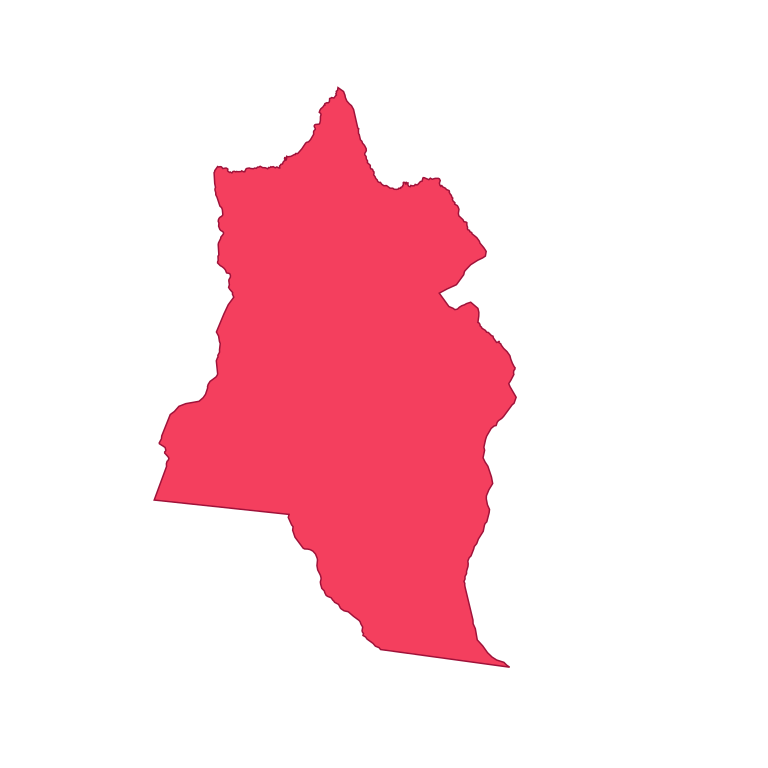 outline of Tilcara, Jujuy, Argentina, rotated 212°
{"feature_id": "61730980B79181726487815", "entity_name": "Tilcara", "entity_type": "district", "adm_level": 2, "iso_a3": "ARG", "parent_name": "Argentina", "parent_adm1": "Jujuy", "projection": "mercator", "projection_center": [-65.303, -23.584], "detail": "fine", "context": "isolated", "style": "filled", "palette": "rose", "viewbox_px": 768, "rotation_deg": 212, "n_neighbors": 0, "source": "geoboundaries", "source_scale": "gbopen_adm2", "svg_char_len": 6171}
<svg xmlns="http://www.w3.org/2000/svg" viewBox="0 0 768 768"><g transform="rotate(212 384 384)"><path d="M428.1,580.0L430.2,581.1L430.6,582.0L431.3,582.5L434.2,582.0L435.5,582.6L438.5,582.3L440.2,582.9L440.6,582.6L440.6,581.8L441.9,582.2L443.5,583.7L444.1,586.3L445.7,587.3L446.9,587.2L449.6,585.5L451.6,583.2L453.8,583.1L454.2,581.2L454.5,581.0L459.1,580.3L460.1,579.8L460.1,579.1L459.2,576.2L460.4,575.0L461.1,570.9L461.6,570.3L463.3,569.8L463.3,568.4L464.5,567.3L466.5,566.6L466.2,565.4L467.4,564.8L468.3,564.9L469.7,566.0L470.1,567.2L470.9,566.8L471.8,566.8L471.4,565.2L471.9,565.2L473.0,566.0L474.2,565.5L474.4,565.1L473.2,563.2L473.2,561.9L472.9,561.2L474.0,559.5L473.6,558.7L475.2,557.9L475.3,556.7L476.3,555.8L478.6,554.5L480.3,554.7L482.6,553.3L487.0,553.6L489.2,552.1L491.8,552.2L493.9,553.1L494.6,552.5L495.9,552.3L497.1,552.7L497.7,553.4L500.1,554.0L501.1,554.9L503.6,555.9L504.2,557.5L505.0,558.6L506.2,558.9L507.2,559.8L508.1,560.0L509.2,559.5L510.6,560.6L511.2,561.8L511.9,562.3L515.4,562.9L516.2,564.5L518.2,565.4L519.8,567.5L521.8,568.2L522.5,569.3L522.6,572.4L523.9,574.2L527.0,576.0L529.9,576.9L531.3,578.1L533.4,578.6L537.2,582.4L538.3,582.9L540.4,586.0L540.6,587.0L541.4,587.0L542.5,587.8L555.3,600.7L559.1,602.8L561.8,603.2L565.5,604.3L568.7,606.6L570.1,608.2L573.3,610.6L580.1,611.0L579.0,608.4L579.6,606.9L578.6,605.8L578.6,604.5L577.5,603.9L577.8,602.6L578.0,600.0L580.3,599.1L580.5,598.3L581.4,597.3L580.0,594.7L580.0,593.7L580.5,592.7L581.5,592.3L582.7,590.5L582.5,589.5L582.0,589.3L582.5,588.6L582.6,586.6L583.4,583.9L583.4,582.3L582.9,580.1L581.1,579.9L580.1,579.0L579.6,577.1L577.6,573.8L576.8,571.7L576.6,570.4L577.1,569.7L579.5,567.9L580.0,567.2L580.0,566.0L579.5,565.3L577.9,564.4L577.2,563.6L577.6,561.5L577.4,560.6L576.0,558.5L575.8,552.2L576.3,549.4L577.7,547.9L578.1,546.8L578.3,539.8L579.3,533.7L581.0,532.7L580.8,531.6L581.5,531.3L583.5,527.8L586.1,525.6L587.2,525.6L587.1,524.9L586.3,523.8L588.1,523.3L587.7,522.2L587.0,521.8L585.8,522.7L585.7,522.1L586.7,520.8L587.0,519.8L587.1,518.6L586.7,516.9L587.9,515.5L587.7,514.8L588.1,513.6L586.9,512.0L587.7,511.5L589.9,511.3L590.8,509.7L593.2,509.6L594.1,508.5L595.1,508.3L595.1,507.7L596.0,506.5L596.5,506.5L596.7,504.9L599.3,504.5L601.5,503.2L604.4,503.0L605.2,501.5L606.2,500.9L606.6,499.2L608.1,498.6L608.9,497.3L611.5,496.0L612.7,495.8L614.6,494.1L615.0,493.3L614.6,490.2L615.1,490.2L615.8,489.4L617.6,489.4L617.8,488.4L620.4,486.6L621.7,486.1L622.0,485.4L623.8,485.0L624.7,484.1L624.7,482.7L625.2,482.3L626.7,482.3L627.0,481.6L629.0,481.7L629.6,481.9L630.3,483.5L631.9,483.6L632.5,483.4L634.9,481.3L636.9,482.0L638.2,481.5L639.2,480.4L640.3,480.3L640.6,475.4L640.1,474.2L640.1,473.2L633.8,464.3L631.1,461.5L630.7,459.8L630.0,458.8L628.1,457.1L626.9,455.3L624.6,453.9L617.4,447.9L615.2,447.5L613.5,446.2L610.5,442.3L610.3,441.6L610.7,439.7L611.3,439.0L611.7,437.1L611.4,435.3L610.7,434.0L609.3,433.0L607.9,430.2L605.3,428.2L603.9,427.7L601.4,427.8L600.1,427.1L599.7,425.9L600.2,422.1L599.6,420.8L599.1,415.9L598.5,414.4L592.5,406.0L592.5,404.4L590.1,400.9L589.9,399.6L589.3,398.5L585.6,397.6L583.5,397.7L581.2,397.4L579.0,396.7L576.4,394.8L573.9,395.7L572.8,395.6L571.7,394.6L570.9,393.2L570.8,390.4L570.3,389.3L567.7,386.2L567.0,383.6L565.1,382.6L560.8,381.3L560.2,379.9L557.4,378.0L558.1,368.7L556.9,358.6L553.7,339.3L549.7,337.0L546.1,332.9L544.3,331.5L541.7,326.0L540.3,323.8L540.1,320.3L539.0,318.8L539.1,317.8L538.5,314.8L530.4,304.4L530.1,303.0L530.2,300.9L532.9,294.0L532.9,290.4L532.2,288.1L531.5,287.3L529.9,280.7L530.1,276.6L531.7,271.3L541.7,262.3L546.1,256.4L547.2,249.6L549.1,244.9L545.0,222.2L543.7,219.6L543.4,214.9L542.8,214.3L536.0,214.2L533.9,212.2L533.7,211.2L534.0,210.2L533.4,209.2L529.4,208.1L527.6,207.4L526.9,206.7L526.6,204.6L527.0,203.5L526.3,201.1L524.7,198.8L517.4,163.8L395.4,223.1L394.5,220.1L387.6,215.5L385.5,214.8L384.0,211.6L378.3,206.9L365.5,201.9L363.8,202.1L361.4,203.5L358.9,204.4L355.7,204.6L352.0,203.5L348.4,200.9L347.2,199.6L344.6,194.4L341.7,191.2L336.7,188.2L334.8,186.4L334.0,185.3L333.1,182.4L331.7,180.7L328.4,177.7L325.0,176.9L323.7,175.7L321.1,174.1L319.4,174.0L315.5,174.7L313.0,173.6L311.5,173.3L310.2,172.7L305.7,173.0L302.3,170.9L301.1,170.6L297.7,170.5L293.6,171.9L286.6,170.8L279.9,170.3L278.4,169.8L276.2,168.1L273.3,166.6L271.8,163.0L270.5,162.0L269.2,161.6L268.6,159.6L265.5,159.7L263.2,158.7L255.8,158.2L252.4,157.1L248.4,157.8L246.2,157.0L127.4,210.4L131.0,210.6L134.8,211.5L142.3,209.6L147.8,209.7L153.8,211.0L161.5,214.2L169.3,216.4L176.9,224.9L181.4,227.9L183.5,231.0L207.6,254.7L209.0,256.3L209.8,257.7L211.6,259.0L211.9,261.5L213.3,263.6L213.5,266.9L214.8,269.0L216.1,273.8L217.3,276.1L219.1,278.3L219.7,281.9L219.1,284.3L220.5,291.6L221.3,294.0L220.8,297.8L221.8,302.5L221.8,311.7L224.0,317.5L224.3,319.3L223.8,321.6L226.6,330.5L228.0,333.5L232.3,336.4L236.3,340.7L237.9,343.4L239.0,349.9L239.1,357.2L243.6,362.1L252.3,369.3L257.1,371.5L260.9,373.9L263.6,381.2L265.8,383.3L268.5,390.9L269.3,394.1L269.6,403.1L268.3,406.9L266.9,408.2L267.7,411.5L267.5,413.6L265.9,417.4L265.4,419.9L264.3,434.2L263.5,436.6L264.9,442.8L275.7,448.5L278.4,450.4L278.4,454.4L278.9,460.9L280.0,462.0L281.1,464.2L280.8,465.6L281.4,467.2L282.7,467.6L286.1,469.6L289.7,472.3L292.2,474.7L296.7,476.6L301.5,477.6L305.2,479.1L306.2,479.9L308.5,480.0L308.8,480.2L308.8,481.6L309.6,479.9L310.5,478.9L310.8,479.0L315.6,481.0L316.9,482.3L318.5,482.0L322.8,483.0L324.4,482.3L326.4,483.2L330.4,483.2L331.5,483.9L333.2,484.2L334.4,485.5L336.2,486.2L337.0,486.0L339.6,491.8L341.5,495.0L344.4,497.9L353.8,499.3L356.8,495.7L357.6,494.0L359.5,491.6L360.8,489.0L361.4,486.4L363.3,484.6L365.5,484.8L370.0,484.1L385.3,490.3L380.9,498.0L375.2,506.6L374.3,518.9L375.3,521.8L375.3,523.1L373.7,531.1L370.1,538.6L367.2,543.1L365.8,546.2L367.6,550.6L371.4,552.4L377.2,554.3L378.8,555.6L382.9,557.3L388.9,558.0L389.9,558.9L392.1,558.7L392.9,559.6L394.6,559.3L395.4,559.7L396.2,561.2L397.9,562.6L399.3,564.8L400.2,564.8L402.3,564.0L404.1,565.2L409.7,566.3L411.3,568.0L413.0,571.9L414.8,573.3L416.4,574.1L419.4,574.0L419.9,575.3L422.5,575.8L423.9,576.9L424.2,578.1L425.1,578.2L427.1,579.8L428.1,580.0Z" fill="#f43f5e" stroke="#9f1239" stroke-width="1.5"/></g></svg>